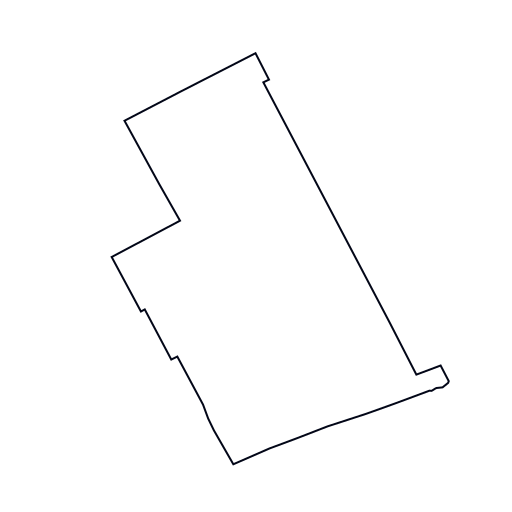 Franklin, New York, United States of America (Natural Earth projection), rotated 159°
{"feature_id": "52423323B52661947985134", "entity_name": "Franklin", "entity_type": "district", "adm_level": 2, "iso_a3": "USA", "parent_name": "United States of America", "parent_adm1": "New York", "projection": "natural_earth1", "projection_center": [-74.342, 44.551], "detail": "fine", "context": "isolated", "style": "outline", "palette": "ink", "viewbox_px": 512, "rotation_deg": 159, "n_neighbors": 0, "source": "geoboundaries", "source_scale": "gbopen_adm2", "svg_char_len": 545}
<svg xmlns="http://www.w3.org/2000/svg" viewBox="0 0 512 512"><g transform="rotate(159 256 256)"><path d="M351.8,69.7L312.3,71.5L283.5,71.2L250.1,71.3L209.7,69.2L179.5,68.5L142.3,68.1L140.4,67.2L138.5,67.5L136.7,67.9L134.9,68.1L128.9,66.5L122.1,68.7L120.9,70.1L122.9,87.6L148.8,87.8L155.0,145.3L186.9,415.5L180.7,416.0L183.8,445.5L267.8,436.5L330.3,429.4L320.6,357.9L314.3,316.2L391.1,306.8L383.3,245.4L379.0,246.0L372.2,189.7L365.5,190.3L358.7,136.2L358.9,121.4L357.8,108.3L351.8,69.7Z" fill="none" stroke="#020617" stroke-width="2"/></g></svg>